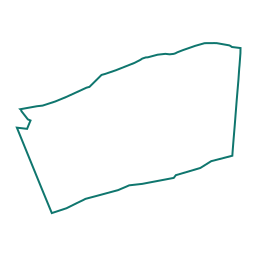 outline of Nuevo Morelos, Tamaulipas, Mexico, rotated 271°
{"feature_id": "50627088B99419541520683", "entity_name": "Nuevo Morelos", "entity_type": "district", "adm_level": 2, "iso_a3": "MEX", "parent_name": "Mexico", "parent_adm1": "Tamaulipas", "projection": "robinson", "projection_center": [-99.189, 22.515], "detail": "fine", "context": "isolated", "style": "outline", "palette": "teal", "viewbox_px": 256, "rotation_deg": 271, "n_neighbors": 0, "source": "geoboundaries", "source_scale": "gbopen_adm2", "svg_char_len": 1090}
<svg xmlns="http://www.w3.org/2000/svg" viewBox="0 0 256 256"><g transform="rotate(271 128 128)"><path d="M106.1,233.0L116.0,233.6L132.9,234.7L157.6,236.2L178.5,237.6L188.2,238.1L190.0,238.2L192.3,238.4L204.7,239.1L207.0,239.1L209.9,239.1L210.8,230.5L211.9,228.9L212.4,227.8L214.4,215.2L214.4,212.9L214.2,204.3L214.1,203.6L214.1,203.0L214.0,202.5L213.9,202.3L211.3,193.7L210.4,191.3L206.8,181.5L204.5,175.9L203.5,174.1L202.9,172.3L202.4,168.3L202.8,164.1L201.8,156.3L199.0,146.5L198.9,144.6L197.7,141.2L197.2,140.3L196.6,139.6L196.4,139.3L193.2,133.3L185.5,114.8L181.6,104.0L180.6,100.6L168.4,88.7L168.3,88.2L167.6,85.8L158.0,65.8L153.2,54.7L148.9,42.2L148.2,36.7L144.9,20.0L144.2,20.8L142.9,21.2L134.9,27.7L133.8,30.4L125.4,27.1L126.4,16.9L65.4,43.0L41.6,53.3L46.7,67.9L48.2,70.8L52.1,78.3L55.2,84.5L56.4,86.7L57.2,89.5L59.2,96.6L62.0,106.3L65.8,119.4L65.9,119.6L67.4,122.9L67.6,123.4L69.3,127.2L70.7,130.2L72.4,143.3L73.7,149.5L76.1,161.1L78.7,173.6L78.9,174.6L81.7,176.7L81.9,177.4L89.3,201.0L96.3,211.8L102.1,232.8L106.1,233.0Z" fill="none" stroke="#0f766e" stroke-width="2"/></g></svg>